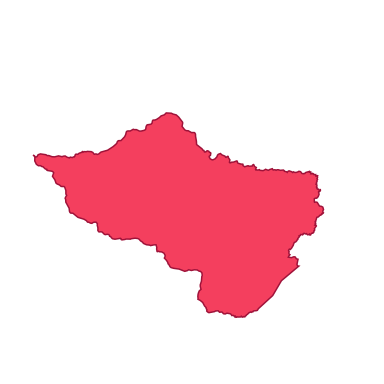 outline of Lalaua, Nampula, Mozambique, rotated 229°
{"feature_id": "85939544B71599092008043", "entity_name": "Lalaua", "entity_type": "district", "adm_level": 2, "iso_a3": "MOZ", "parent_name": "Mozambique", "parent_adm1": "Nampula", "projection": "natural_earth1", "projection_center": [37.97, -14.47], "detail": "fine", "context": "isolated", "style": "filled", "palette": "rose", "viewbox_px": 384, "rotation_deg": 229, "n_neighbors": 0, "source": "geoboundaries", "source_scale": "gbopen_adm2", "svg_char_len": 5965}
<svg xmlns="http://www.w3.org/2000/svg" viewBox="0 0 384 384"><g transform="rotate(229 192 192)"><path d="M247.7,89.3L242.4,92.6L239.7,93.5L237.8,93.4L236.9,94.3L235.2,94.9L234.0,95.9L233.9,97.2L233.4,98.4L232.2,99.8L230.2,99.8L229.0,98.6L226.7,97.5L224.7,95.7L223.3,95.5L222.8,95.7L221.6,97.3L220.7,97.9L217.6,98.1L216.7,98.6L215.7,100.3L214.5,101.2L213.6,101.3L212.7,100.8L211.7,101.3L209.9,101.2L208.8,101.4L206.9,102.9L204.0,107.6L203.4,107.8L203.0,107.4L202.3,107.4L201.7,107.9L200.2,110.2L199.8,111.3L196.7,114.8L196.7,115.3L194.5,118.7L192.4,120.6L191.2,121.1L188.9,121.1L186.5,121.8L185.1,121.6L182.1,123.0L179.7,125.2L178.7,125.6L177.2,128.4L175.8,130.2L173.3,129.1L172.2,127.9L170.0,126.6L169.7,126.7L169.2,127.9L168.3,128.2L166.7,129.8L164.2,130.7L161.7,130.1L160.8,129.1L160.3,127.8L157.4,127.9L154.7,127.5L153.5,126.8L152.7,127.0L149.9,126.4L148.7,126.6L146.3,128.2L142.3,131.7L136.9,134.5L135.7,136.9L135.5,138.5L133.2,140.0L131.7,142.8L129.7,144.8L127.7,145.4L126.5,146.3L124.7,146.5L122.4,145.1L121.8,144.0L118.5,140.6L116.5,137.3L115.3,136.3L112.6,134.9L112.6,132.6L111.6,130.6L110.6,129.2L109.0,127.6L107.9,127.0L107.2,126.1L105.0,127.0L101.6,127.6L97.8,126.7L95.5,126.8L94.7,126.2L93.3,126.0L92.5,125.0L91.8,125.0L90.3,125.3L89.7,125.8L86.9,130.6L86.8,131.6L85.2,133.8L83.2,133.9L82.1,135.5L81.5,135.9L79.5,135.9L78.2,137.0L77.6,138.9L75.0,141.0L74.2,141.2L72.6,141.0L72.0,142.1L70.9,142.3L70.3,143.0L70.1,142.6L69.4,142.4L69.1,143.0L68.6,143.0L68.3,143.4L68.3,144.1L67.7,144.4L65.9,146.6L65.6,147.1L65.8,147.5L65.4,147.5L65.4,147.9L64.2,148.2L64.0,149.4L63.1,149.9L63.4,151.0L63.2,151.8L63.5,152.4L63.3,153.7L63.5,155.4L63.0,157.5L62.3,157.8L62.3,158.2L61.6,159.4L61.9,159.8L61.7,160.7L60.2,162.8L59.8,163.7L60.4,165.6L60.9,185.0L66.4,201.3L66.0,224.0L67.0,223.2L68.5,223.7L71.7,227.9L73.2,226.9L75.1,227.3L76.1,226.6L76.6,225.8L77.1,224.1L79.6,221.9L80.2,223.1L80.4,224.8L81.3,224.6L82.0,224.8L82.8,225.4L83.1,226.1L84.2,226.3L84.7,226.7L85.0,227.9L84.5,227.9L84.1,228.4L84.3,230.3L85.4,233.6L86.0,234.4L86.8,236.1L86.3,237.6L86.5,239.2L86.8,239.6L86.8,240.8L87.5,241.3L87.7,243.2L88.1,243.9L88.6,244.0L88.1,245.1L88.5,245.6L88.6,246.3L87.1,247.3L87.1,248.1L87.6,248.5L87.3,249.5L85.9,250.1L85.4,251.2L84.7,251.0L83.7,251.3L83.2,252.5L83.2,252.9L82.5,252.6L82.0,252.9L81.8,253.4L82.2,254.0L82.3,255.3L81.6,256.2L81.9,256.7L81.7,257.3L82.0,258.0L82.6,258.3L82.8,259.7L84.0,260.3L84.8,263.6L85.2,263.7L86.4,263.0L86.7,264.5L87.7,264.5L88.3,265.7L88.8,265.6L89.1,266.6L91.0,269.6L90.3,271.0L90.5,273.4L90.0,274.0L90.2,274.9L89.9,275.4L90.5,276.0L89.9,276.9L90.1,277.6L91.0,277.6L91.9,278.3L92.4,279.7L94.7,280.8L96.2,280.3L97.8,279.0L102.0,279.7L103.1,279.0L103.8,277.8L104.2,277.8L106.7,279.9L106.5,280.9L105.5,282.1L105.7,284.1L106.9,286.4L108.5,287.2L109.1,287.7L108.7,288.2L108.7,289.6L109.1,290.0L108.8,290.0L109.4,290.3L109.5,289.7L110.1,289.2L111.6,289.1L111.7,288.7L112.1,288.5L113.4,288.9L113.5,289.4L114.2,289.3L114.6,290.2L115.4,290.9L116.6,290.7L116.9,292.0L117.7,292.3L118.0,293.4L118.7,293.7L119.1,295.0L120.2,295.2L120.5,296.2L121.4,296.7L121.8,297.5L122.3,297.2L122.3,296.5L122.7,296.4L122.8,296.0L123.8,296.6L123.8,296.3L124.5,296.2L125.2,295.4L125.9,295.6L126.9,295.3L127.0,295.1L126.8,294.8L127.8,293.6L128.1,294.1L128.7,294.1L129.0,294.6L129.6,293.9L129.8,294.4L130.6,294.2L130.7,293.6L132.1,290.7L132.0,289.1L132.5,288.8L132.7,288.0L134.0,287.1L136.1,287.3L137.5,286.3L137.7,285.1L138.3,283.7L139.2,282.5L140.7,281.7L140.6,280.8L142.0,280.5L144.3,279.1L144.6,278.0L144.3,276.7L145.3,276.6L147.0,275.3L147.6,275.6L148.6,275.4L150.4,272.9L152.1,271.8L153.0,270.8L153.2,269.7L154.3,269.3L155.4,267.7L156.9,267.9L158.0,265.4L158.3,263.8L160.9,262.4L161.0,261.2L161.5,259.6L163.8,257.5L164.7,257.5L165.1,256.5L165.9,255.5L166.5,255.3L166.7,254.7L167.5,254.8L168.3,256.6L170.3,255.9L171.7,256.5L172.4,256.4L172.6,255.3L172.1,254.4L174.0,252.0L174.7,251.8L175.3,251.1L176.5,248.3L178.5,247.8L179.4,248.6L179.7,248.6L180.9,247.3L183.6,245.6L184.6,245.7L185.5,246.4L186.2,246.0L187.4,242.8L188.7,241.2L188.6,240.6L189.1,239.8L189.8,239.7L191.4,241.7L194.1,242.0L195.1,242.6L195.6,242.2L195.8,240.4L196.2,240.2L197.5,240.4L200.2,239.0L202.4,238.7L203.2,236.6L203.1,235.5L202.2,233.8L201.9,231.1L202.6,228.8L203.1,228.3L205.0,227.5L207.3,228.0L207.7,228.7L207.5,229.9L209.0,231.7L209.6,231.8L210.5,231.2L211.7,231.4L212.9,230.8L213.3,230.0L213.2,228.7L214.1,227.7L215.6,228.2L216.4,227.7L218.1,227.9L224.8,226.6L227.5,228.7L231.5,231.1L233.4,232.6L234.8,232.9L235.4,232.7L237.2,230.6L240.6,229.4L242.1,227.9L243.6,227.3L248.0,227.5L250.2,230.3L251.0,230.7L257.2,231.1L260.5,230.7L263.3,228.8L265.0,228.1L268.6,224.4L268.4,221.8L269.7,218.6L269.6,216.2L270.0,213.1L270.6,211.3L271.8,209.8L271.6,208.8L270.2,207.0L270.1,205.4L272.1,202.3L272.0,201.4L271.5,200.3L269.8,198.3L269.7,196.8L271.3,193.7L272.3,192.4L275.5,191.0L277.1,189.2L277.9,188.8L278.6,185.4L280.2,183.6L280.6,182.5L280.4,181.8L278.9,179.7L277.9,177.4L277.4,172.2L279.1,170.0L278.9,168.5L278.1,167.2L278.0,166.2L278.0,162.2L278.9,155.7L281.9,149.4L281.9,146.5L282.6,145.0L283.7,144.6L284.6,143.0L287.0,143.1L288.6,142.4L291.3,139.7L291.8,138.6L293.4,136.9L293.5,135.8L294.4,135.8L294.4,134.5L295.3,132.3L295.4,130.5L296.7,129.3L296.6,128.0L296.0,127.3L295.7,126.2L296.2,125.7L296.5,124.3L298.2,123.0L298.1,121.9L300.3,120.5L302.4,119.9L303.5,118.3L303.9,117.1L306.8,115.0L308.7,111.3L310.5,109.5L313.4,107.9L314.5,106.6L316.0,106.2L320.2,102.6L321.1,100.3L320.4,98.3L320.8,97.1L321.3,96.8L322.8,96.8L324.2,96.3L322.6,96.5L321.3,96.2L318.6,93.7L315.0,92.7L312.6,93.3L311.1,95.1L310.0,95.2L308.8,96.1L305.6,96.4L304.3,97.3L303.9,96.8L303.1,97.0L299.6,99.9L298.7,100.3L297.2,100.2L295.4,97.0L291.2,96.5L287.9,95.2L286.5,95.5L284.3,96.6L282.0,96.9L280.1,99.0L279.2,99.1L275.9,97.8L273.2,95.5L271.7,95.2L270.9,92.8L270.3,92.0L269.3,91.8L267.1,90.1L260.3,88.6L257.9,86.9L256.7,86.5L255.7,86.6L254.1,88.2L247.7,89.3Z" fill="#f43f5e" stroke="#9f1239" stroke-width="1.5"/></g></svg>